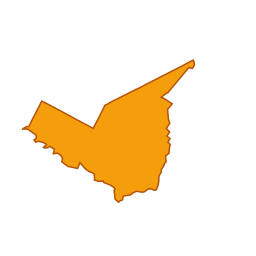 Fairfield, Connecticut, United States of America, rotated 59°
{"feature_id": "52423323B86318670912748", "entity_name": "Fairfield", "entity_type": "district", "adm_level": 2, "iso_a3": "USA", "parent_name": "United States of America", "parent_adm1": "Connecticut", "projection": "equal_earth", "projection_center": [-73.42, 41.326], "detail": "fine", "context": "isolated", "style": "filled", "palette": "amber", "viewbox_px": 256, "rotation_deg": 59, "n_neighbors": 0, "source": "geoboundaries", "source_scale": "gbopen_adm2", "svg_char_len": 1968}
<svg xmlns="http://www.w3.org/2000/svg" viewBox="0 0 256 256"><g transform="rotate(59 128 128)"><path d="M97.9,117.1L97.8,118.4L97.0,127.8L96.9,130.5L97.0,132.8L96.6,136.0L103.2,146.3L106.4,151.5L110.5,158.1L110.0,158.3L107.8,159.6L105.0,161.2L104.0,161.9L95.8,166.8L93.8,168.1L93.7,168.1L83.6,174.0L80.0,176.2L78.5,177.1L67.0,184.0L60.5,188.0L61.6,189.9L62.7,191.5L64.9,195.1L67.3,199.0L68.8,201.3L70.2,203.7L72.2,206.9L73.8,209.4L75.3,211.5L75.4,211.8L75.2,212.8L74.4,215.0L74.6,216.6L74.4,218.1L74.8,218.8L76.1,216.2L77.7,214.3L85.7,210.9L87.4,210.6L89.6,212.1L89.8,214.7L92.6,214.5L93.1,212.0L94.3,210.4L96.2,208.7L96.4,208.4L98.9,206.9L99.7,206.4L100.3,206.4L100.8,207.2L100.6,209.0L101.1,210.5L102.3,209.7L103.1,208.0L103.5,207.0L103.5,204.5L107.8,202.3L108.3,202.0L111.6,205.3L113.4,201.2L117.1,199.6L117.8,199.7L120.2,199.7L120.8,200.3L122.8,202.2L129.9,199.3L130.6,198.6L136.7,192.0L133.0,187.1L138.5,186.1L141.5,185.5L145.3,183.8L145.4,183.7L148.0,181.6L148.5,181.3L150.4,180.7L155.4,183.5L158.3,181.1L160.9,176.5L160.9,176.4L161.0,176.4L162.3,176.8L164.0,175.5L167.5,172.7L171.2,171.0L172.6,170.4L174.1,170.8L174.2,172.0L175.3,172.5L182.3,175.7L186.2,174.6L186.8,173.8L186.4,172.9L186.4,172.2L186.8,169.8L184.0,167.1L186.6,160.4L186.3,157.9L186.4,153.6L190.2,149.1L191.1,146.9L190.7,142.3L192.2,139.4L194.8,137.7L195.5,136.1L194.9,134.5L192.1,131.3L190.2,129.6L185.2,126.2L183.7,123.7L183.4,122.7L181.0,121.1L178.7,116.7L176.8,114.3L176.6,112.7L171.4,110.3L170.7,105.8L166.4,102.7L163.8,100.2L160.7,101.2L158.8,97.5L154.9,98.8L153.0,94.4L148.1,95.3L145.5,89.8L141.2,88.8L132.4,84.4L130.0,77.6L121.1,82.0L118.9,83.8L118.1,79.0L118.2,75.5L107.5,44.7L110.1,42.3L108.3,38.7L105.6,37.4L103.3,37.1L102.9,43.9L102.7,49.6L100.9,74.3L100.1,86.9L100.1,87.1L100.0,87.3L100.0,87.6L100.0,87.8L99.8,91.2L99.7,92.9L99.7,93.3L99.7,94.0L99.7,94.5L99.5,97.2L99.4,98.6L99.3,99.1L98.6,106.5L98.1,114.3L97.9,117.1Z" fill="#f59e0b" stroke="#b45309" stroke-width="1.5"/></g></svg>